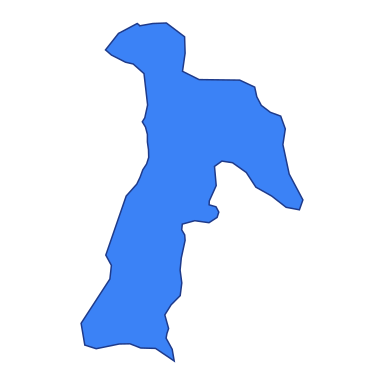 outline of Abia
{"feature_id": "NGA-2841", "entity_name": "Abia", "entity_type": "State", "adm_level": 1, "iso_a3": "NGA", "parent_name": "Nigeria", "parent_adm1": "", "projection": "albers", "projection_center": [7.526, 5.42], "detail": "fine", "context": "isolated", "style": "filled", "palette": "blue", "viewbox_px": 384, "rotation_deg": 0, "n_neighbors": 0, "source": "natural_earth", "source_scale": "10m", "svg_char_len": 1071}
<svg xmlns="http://www.w3.org/2000/svg" viewBox="0 0 384 384"><path d="M280.7,116.1L285.3,128.9L282.9,144.6L289.2,174.1L302.9,199.9L299.4,209.8L286.1,207.3L271.6,196.0L255.9,187.2L246.3,172.5L232.5,162.7L221.9,161.1L214.5,166.4L216.2,185.6L209.3,200.9L209.1,204.8L216.0,206.8L218.8,212.1L217.1,217.4L209.0,222.7L194.8,220.7L182.3,224.1L181.7,229.8L184.7,234.9L185.1,240.4L181.3,257.9L180.1,270.1L181.8,283.0L180.2,295.6L171.1,304.8L164.8,314.9L168.6,328.5L166.9,333.6L166.1,338.2L172.2,349.3L174.2,361.0L155.5,348.4L140.7,348.0L130.0,343.8L119.2,344.0L96.2,348.7L84.8,345.1L81.1,323.3L109.9,279.0L111.4,265.4L105.8,255.1L126.2,196.0L136.8,184.1L140.1,177.2L142.8,169.8L146.6,164.0L148.7,157.4L148.5,149.7L147.4,142.0L147.4,134.4L145.5,127.1L142.3,121.8L144.8,117.8L147.6,105.0L144.0,73.6L133.2,64.0L125.5,62.2L111.5,55.1L105.5,49.9L118.5,33.4L137.2,23.5L138.9,24.8L139.7,25.8L152.9,23.5L166.4,23.0L184.6,36.8L185.1,53.2L182.5,71.3L199.1,79.6L239.7,80.1L254.7,87.1L256.8,96.8L261.3,105.4L270.3,112.3L280.7,116.1Z" fill="#3b82f6" stroke="#1e3a8a" stroke-width="1.5"/></svg>